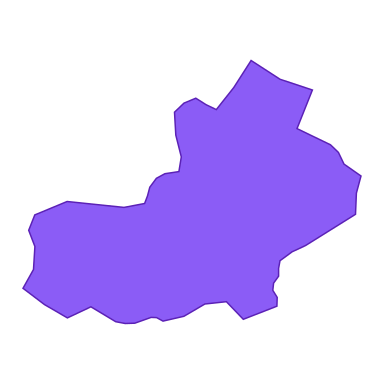 the border of Teleneşti
{"feature_id": "MDA-1648", "entity_name": "Teleneşti", "entity_type": "District", "adm_level": 1, "iso_a3": "MDA", "parent_name": "Moldova", "parent_adm1": "", "projection": "equal_earth", "projection_center": [28.447, 47.584], "detail": "fine", "context": "isolated", "style": "filled", "palette": "violet", "viewbox_px": 384, "rotation_deg": 0, "n_neighbors": 0, "source": "natural_earth", "source_scale": "10m", "svg_char_len": 765}
<svg xmlns="http://www.w3.org/2000/svg" viewBox="0 0 384 384"><path d="M251.1,60.5L280.1,79.3L312.4,90.0L297.0,128.6L330.5,144.8L338.4,152.4L344.0,164.1L361.0,176.0L356.4,193.1L355.5,214.3L305.6,245.5L292.1,251.8L280.0,260.7L278.6,268.4L278.6,276.2L273.6,283.1L272.8,290.3L277.2,297.4L276.9,306.2L243.3,319.3L226.4,301.7L204.9,304.0L183.9,316.3L163.0,321.1L156.6,317.6L151.1,317.4L134.8,323.2L125.2,323.5L115.7,321.7L90.9,306.8L67.4,317.9L44.5,304.6L23.0,288.3L33.5,269.5L34.9,246.5L28.7,230.3L34.8,214.9L67.1,201.5L124.0,207.4L144.6,203.5L147.5,195.9L149.8,187.2L156.4,178.3L164.9,173.7L178.9,171.6L181.3,156.9L175.8,135.1L174.5,112.2L184.0,103.1L195.8,98.2L206.1,104.7L216.3,109.6L233.8,87.5L251.1,60.5Z" fill="#8b5cf6" stroke="#5b21b6" stroke-width="1.5"/></svg>